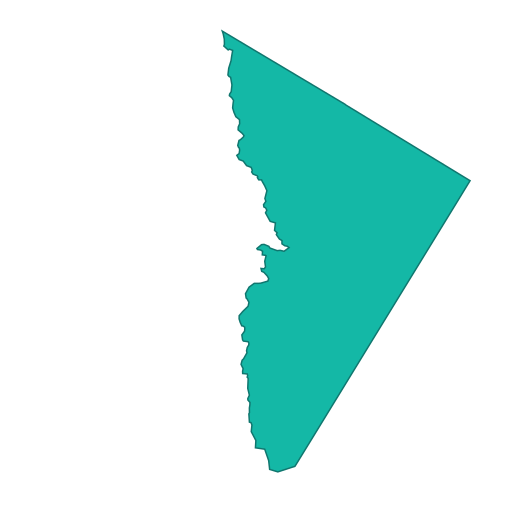 Shoshone, Idaho, United States of America (orthographic projection), rotated 211°
{"feature_id": "52423323B48637166565981", "entity_name": "Shoshone", "entity_type": "district", "adm_level": 2, "iso_a3": "USA", "parent_name": "United States of America", "parent_adm1": "Idaho", "projection": "orthographic", "projection_center": [-115.626, 47.501], "detail": "fine", "context": "isolated", "style": "filled", "palette": "teal", "viewbox_px": 512, "rotation_deg": 211, "n_neighbors": 0, "source": "geoboundaries", "source_scale": "gbopen_adm2", "svg_char_len": 2084}
<svg xmlns="http://www.w3.org/2000/svg" viewBox="0 0 512 512"><g transform="rotate(211 256 256)"><path d="M172.3,108.7L169.6,103.0L161.1,97.8L157.7,91.3L149.0,94.9L139.7,87.1L134.4,80.1L126.1,82.2L114.3,95.8L113.9,135.2L112.6,282.5L111.5,403.8L111.3,430.8L256.5,431.7L257.7,431.9L400.7,431.4L398.6,429.6L394.9,425.6L392.1,421.2L391.7,419.4L386.0,418.3L385.3,419.6L381.9,420.2L379.5,414.1L378.0,410.6L376.1,402.9L373.3,396.7L371.6,396.0L369.8,396.1L364.7,390.2L361.9,384.1L362.0,381.2L361.4,379.7L358.3,379.2L355.4,377.8L354.1,374.7L352.3,370.9L348.9,367.8L345.0,365.0L340.4,364.4L338.1,360.9L337.7,357.5L336.3,354.9L330.9,354.0L328.3,353.0L328.1,351.5L329.3,347.6L330.1,346.3L328.6,341.4L326.9,340.1L325.9,339.9L324.6,338.4L323.2,335.1L324.3,332.4L320.1,330.0L315.9,330.8L310.6,328.6L305.8,329.5L303.3,327.5L303.0,325.8L300.8,324.7L296.2,325.4L295.2,324.8L295.2,323.9L292.9,322.7L290.4,324.1L289.2,323.2L284.6,320.6L280.3,317.6L278.0,309.9L275.7,307.9L276.0,303.9L274.5,302.1L272.5,302.2L270.3,300.8L270.1,297.9L261.7,293.0L256.4,294.4L253.3,287.5L249.9,286.8L249.6,284.8L244.7,282.6L241.7,282.6L240.0,279.8L236.6,279.6L234.2,280.5L232.0,280.2L234.4,274.5L238.2,273.3L240.6,271.5L248.2,270.0L250.0,270.9L255.1,270.1L257.1,268.6L259.1,262.9L258.1,262.3L255.2,263.5L252.8,263.4L251.2,260.2L248.1,261.5L247.5,261.4L245.8,256.0L242.2,251.5L242.4,249.3L245.3,247.9L243.2,245.8L240.9,246.1L236.1,244.7L233.5,243.2L232.9,240.6L238.0,235.1L239.8,233.8L243.4,231.7L245.9,225.8L245.6,218.3L242.8,214.9L241.7,214.7L238.2,212.7L236.9,208.8L238.8,201.6L239.7,196.2L238.1,193.4L235.4,191.0L232.2,188.8L231.0,189.3L229.1,189.2L228.2,188.0L227.1,185.7L227.5,181.1L224.3,177.2L223.0,176.6L218.5,178.5L217.1,177.5L216.4,175.9L216.4,173.2L215.3,169.9L213.9,168.4L213.7,161.4L214.2,159.5L213.0,155.4L209.0,152.8L208.2,150.4L206.9,148.4L202.7,150.4L201.5,149.1L201.2,147.6L199.7,147.1L194.9,138.3L190.0,133.3L189.6,129.6L188.8,128.4L185.8,127.4L184.6,125.3L183.4,122.3L180.9,118.3L180.8,117.0L176.1,110.2L174.4,110.6L172.3,108.9L172.3,108.7Z" fill="#14b8a6" stroke="#0f766e" stroke-width="1.5"/></g></svg>